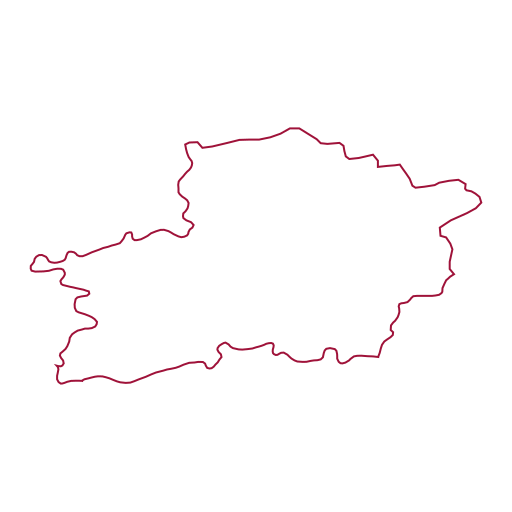 the district of Klimavichy, Mogilev, Belarus
{"feature_id": "67162791B58533541453403", "entity_name": "Klimavichy", "entity_type": "district", "adm_level": 2, "iso_a3": "BLR", "parent_name": "Belarus", "parent_adm1": "Mogilev", "projection": "equal_earth", "projection_center": [31.953, 53.607], "detail": "fine", "context": "isolated", "style": "outline", "palette": "rose", "viewbox_px": 512, "rotation_deg": 0, "n_neighbors": 0, "source": "geoboundaries", "source_scale": "gbopen_adm2", "svg_char_len": 4551}
<svg xmlns="http://www.w3.org/2000/svg" viewBox="0 0 512 512"><path d="M454.0,274.2L449.7,269.0L449.7,261.7L452.4,249.3L450.3,243.6L446.1,237.4L440.5,235.8L439.8,227.6L450.9,220.3L467.0,213.1L475.9,208.2L481.3,202.6L479.5,196.9L475.4,193.6L471.4,191.3L466.5,190.3L465.1,188.7L465.6,184.1L458.4,179.8L449.0,180.8L439.2,182.7L434.7,185.1L424.5,186.7L415.5,187.7L412.4,185.7L409.7,178.8L406.1,173.5L403.0,169.2L399.8,164.6L394.9,165.3L387.3,165.9L377.9,166.9L377.9,160.7L373.0,154.7L364.5,156.7L358.7,158.0L349.3,159.0L345.8,156.4L344.4,151.1L343.5,145.8L339.5,142.9L327.4,143.9L320.7,143.2L316.7,139.2L310.4,135.3L299.3,128.4L289.9,128.4L280.5,133.7L270.3,137.3L259.1,139.6L249.3,139.6L239.4,139.9L227.4,142.9L212.2,146.5L202.4,147.8L197.5,142.2L189.4,142.5L185.2,144.5L186.1,149.3L187.1,153.0L187.9,155.1L188.7,157.1L190.4,159.5L191.6,161.0L192.2,163.1L191.8,165.5L191.0,167.5L189.3,169.8L187.1,171.7L185.1,173.9L183.2,176.3L180.1,179.6L178.7,181.5L178.2,184.8L178.5,188.4L178.5,192.3L179.7,194.2L182.2,196.6L184.9,198.4L187.2,200.3L188.6,203.0L188.2,206.0L187.5,208.4L185.8,210.9L185.0,211.8L183.3,213.4L183.0,216.2L183.4,218.1L186.3,220.3L188.8,221.3L190.9,222.1L191.9,223.1L193.6,225.0L192.4,227.6L189.8,229.5L188.5,232.0L188.2,233.8L187.1,235.4L184.3,236.7L181.3,237.2L178.4,236.4L173.7,234.2L171.0,232.5L168.4,231.1L164.0,229.8L160.5,229.9L156.0,231.3L151.0,233.3L147.6,235.9L144.2,237.7L140.9,239.3L137.0,240.1L134.5,240.1L132.7,238.7L132.1,236.4L132.1,234.5L131.3,232.5L129.6,232.3L126.4,233.3L125.3,234.7L123.6,238.5L121.5,241.3L119.8,243.2L115.5,244.6L111.8,245.5L108.1,246.8L103.2,248.0L99.3,249.6L91.8,252.3L86.1,254.9L82.6,256.2L79.5,256.2L77.2,255.2L76.0,253.7L74.1,252.3L71.3,251.7L69.0,251.8L67.6,252.9L66.5,255.3L65.6,258.3L64.7,259.8L62.7,261.0L60.2,261.8L57.0,262.6L54.4,262.8L51.2,262.3L49.1,261.4L47.8,259.5L47.3,258.4L46.0,256.8L42.0,255.0L41.9,255.0L39.0,255.1L36.3,256.7L34.7,258.8L34.0,261.9L32.5,263.9L30.8,265.9L30.7,268.7L31.6,270.7L35.2,271.6L43.3,271.4L48.9,270.8L53.3,269.4L57.4,268.7L61.0,268.8L63.2,269.7L64.8,272.8L64.8,274.6L63.7,276.7L62.7,278.0L61.5,279.3L60.4,281.1L61.3,284.0L62.9,285.0L70.1,286.8L73.2,287.4L75.6,288.0L80.2,289.0L83.5,289.7L86.0,290.6L88.8,291.4L89.3,293.7L87.1,295.6L81.1,296.5L77.4,297.4L75.6,299.2L74.6,304.2L74.8,307.8L76.3,311.1L78.6,312.3L84.8,314.2L88.9,315.8L91.7,317.1L94.6,319.1L97.0,321.9L96.6,324.3L95.2,326.5L91.8,328.1L88.2,328.6L84.9,328.6L82.0,329.5L77.7,330.6L74.7,332.4L72.1,334.3L69.8,337.8L69.2,341.6L67.3,346.2L65.5,349.0L62.5,351.7L60.4,353.4L59.9,355.6L61.1,358.0L63.1,360.5L63.7,363.4L62.4,365.5L60.8,366.3L58.2,366.1L56.7,365.7L57.9,367.1L58.4,369.3L57.7,373.1L57.1,375.8L57.1,379.3L58.6,382.1L60.8,383.6L62.3,383.5L64.4,382.9L67.2,381.8L71.1,380.9L76.4,380.7L81.5,380.8L82.1,380.9L82.1,380.6L84.4,379.3L88.6,378.3L91.2,377.6L95.0,376.7L98.1,376.3L102.4,376.4L105.7,377.2L109.4,378.3L113.2,379.9L117.0,381.4L120.2,382.3L125.7,382.9L130.3,382.6L134.3,381.2L138.7,379.4L145.8,376.8L151.2,374.4L156.0,372.5L163.4,370.6L167.0,369.5L171.0,368.8L175.7,367.8L179.2,366.6L183.5,364.7L189.2,362.8L194.5,362.5L198.2,361.9L202.9,362.0L205.1,363.6L205.8,365.6L207.2,367.9L209.5,368.5L211.6,368.2L213.7,366.7L215.5,364.5L217.7,362.4L219.5,359.5L221.5,357.1L220.9,354.3L218.6,352.0L217.4,349.7L217.6,348.1L219.2,345.8L221.6,344.2L223.8,343.0L225.5,342.6L228.6,344.4L230.5,346.6L232.9,348.1L238.6,349.4L242.3,349.6L247.7,349.1L252.4,348.5L256.1,347.3L258.5,346.7L261.5,345.8L264.2,344.8L266.2,343.8L268.7,343.2L271.2,343.0L272.9,343.6L273.7,345.3L273.5,347.1L272.8,349.6L272.7,351.4L273.0,353.1L273.9,354.1L275.8,355.0L277.5,354.8L279.5,353.6L281.1,352.8L283.7,352.6L287.4,354.7L289.3,356.6L291.4,358.5L294.5,360.4L297.3,361.5L302.9,361.9L306.5,361.8L310.6,360.9L313.9,360.4L317.4,360.2L320.7,359.4L322.9,357.3L323.8,353.0L324.7,350.5L326.3,348.8L330.0,348.1L334.8,349.1L336.4,350.8L337.1,354.0L337.2,356.0L337.2,358.7L338.7,361.8L340.5,363.2L342.4,363.4L345.4,362.6L349.1,360.4L350.4,359.0L353.9,356.4L357.1,355.8L361.2,355.7L367.6,356.2L373.0,356.4L378.2,357.0L378.2,356.8L379.7,352.9L380.8,348.5L382.0,344.8L384.3,341.5L386.9,339.6L390.5,337.2L392.8,335.0L393.1,332.2L390.7,330.0L391.0,325.4L393.1,322.6L395.1,320.8L397.6,317.3L398.5,315.1L399.4,312.0L399.2,308.7L398.7,306.3L399.4,304.1L401.3,303.3L403.9,303.0L407.5,302.1L410.1,299.6L411.2,298.1L413.3,296.2L416.6,295.9L419.6,295.9L426.6,295.9L431.8,295.9L435.4,295.5L439.1,294.8L441.5,293.1L442.3,291.8L442.5,288.1L444.5,283.6L446.2,280.2L447.9,278.8L450.1,276.7L454.0,274.2Z" fill="none" stroke="#9f1239" stroke-width="2"/></svg>